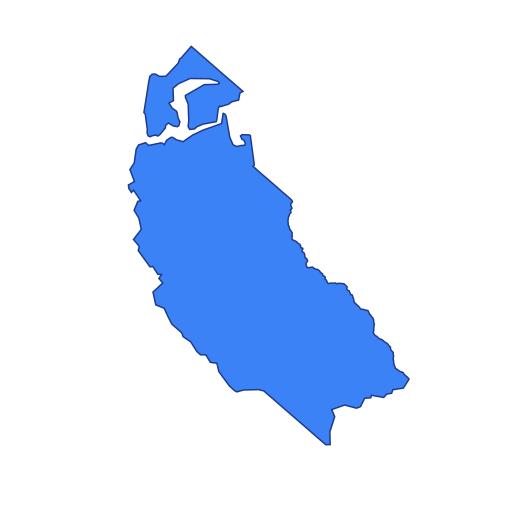 Pierce, Washington, United States of America, rotated 41°
{"feature_id": "52423323B40988222589259", "entity_name": "Pierce", "entity_type": "district", "adm_level": 2, "iso_a3": "USA", "parent_name": "United States of America", "parent_adm1": "Washington", "projection": "natural_earth1", "projection_center": [-122.103, 47.066], "detail": "fine", "context": "isolated", "style": "filled", "palette": "blue", "viewbox_px": 512, "rotation_deg": 41, "n_neighbors": 0, "source": "geoboundaries", "source_scale": "gbopen_adm2", "svg_char_len": 4158}
<svg xmlns="http://www.w3.org/2000/svg" viewBox="0 0 512 512"><g transform="rotate(41 256 256)"><path d="M98.2,243.0L94.5,249.3L95.5,254.0L103.1,265.8L104.1,273.5L115.4,279.5L113.1,286.1L115.6,288.4L120.3,289.8L120.4,286.6L132.8,290.0L130.9,292.2L134.0,301.4L142.8,304.3L151.9,311.1L152.7,323.9L161.5,325.3L163.6,329.2L183.1,333.7L185.1,331.6L193.9,334.2L196.8,332.0L197.5,336.7L203.3,337.5L202.6,345.0L201.9,350.8L212.4,358.6L221.0,355.7L230.4,359.9L237.2,362.6L250.4,362.7L254.0,364.7L263.0,363.6L274.1,366.9L278.9,367.0L283.0,363.5L291.3,366.2L296.8,362.6L303.8,367.6L321.0,371.5L327.9,371.7L330.7,371.1L334.5,365.3L345.4,355.3L350.4,352.7L432.3,352.7L435.7,349.7L427.1,340.2L420.8,325.6L413.9,322.2L420.7,310.3L431.7,304.9L433.7,301.1L431.3,292.1L435.6,287.8L434.6,285.3L445.2,279.0L445.3,274.4L448.4,270.6L447.0,267.1L453.9,259.0L452.3,248.6L451.7,248.3L449.0,248.1L445.4,248.2L443.8,247.5L442.4,247.8L440.7,248.6L438.0,248.9L434.8,249.3L433.8,248.6L432.0,247.7L429.9,246.2L428.5,244.8L427.0,243.6L426.3,242.6L425.8,241.5L425.2,240.9L424.1,240.4L423.3,239.3L422.8,238.8L422.0,238.6L421.4,238.7L420.4,238.5L418.7,238.1L418.1,237.6L417.4,236.6L416.1,236.5L414.7,236.4L413.2,236.0L411.1,236.1L409.3,236.5L408.0,236.4L405.9,236.5L404.7,236.9L403.8,237.5L402.6,237.5L401.3,237.6L400.0,237.3L399.2,237.6L398.1,237.8L397.3,237.7L395.8,237.2L394.6,236.8L394.3,235.8L393.3,234.5L392.0,232.9L390.9,231.2L389.8,229.5L388.3,229.0L387.8,228.1L386.5,226.9L385.5,226.4L384.4,226.0L383.1,226.0L381.2,225.3L379.7,225.4L378.5,224.7L377.2,224.2L376.4,223.7L375.2,224.2L374.6,225.0L373.1,225.4L371.9,225.9L370.6,227.0L369.3,227.3L367.4,226.8L365.3,226.7L362.3,226.6L360.3,226.5L358.9,225.2L357.5,224.2L355.0,222.9L354.5,222.3L353.7,222.5L353.3,222.9L351.7,222.5L350.6,222.0L349.4,221.2L347.6,221.7L346.2,221.5L345.1,219.6L343.9,219.4L342.4,219.3L341.3,219.4L340.5,219.2L339.3,220.2L337.7,221.3L336.2,222.4L335.6,223.7L333.7,224.2L332.1,225.9L330.4,227.1L329.6,228.3L329.0,229.1L327.3,229.3L326.2,228.6L324.4,228.0L323.6,228.1L322.6,227.3L322.1,226.5L320.8,226.4L320.0,226.8L318.5,226.5L318.0,225.8L315.8,226.1L313.3,225.5L311.0,225.8L310.1,226.7L308.3,227.1L305.7,227.4L304.6,228.9L303.7,229.9L302.3,231.1L301.1,230.7L298.7,229.1L298.2,225.8L295.8,224.7L294.4,225.1L292.8,224.1L292.1,223.2L290.7,222.3L289.4,222.1L288.4,222.6L287.2,221.9L286.8,220.7L286.9,220.0L285.9,219.5L285.1,220.1L283.4,219.8L283.0,219.0L281.2,218.4L279.4,218.9L277.4,218.6L275.8,218.9L274.1,219.4L273.4,219.7L272.1,219.7L271.2,218.8L270.5,217.3L269.0,216.1L268.1,214.8L266.4,214.2L263.8,213.6L261.5,212.0L259.8,211.3L258.7,210.1L257.3,208.8L256.0,207.0L254.9,205.3L254.6,203.8L254.0,202.7L253.8,201.5L254.0,200.5L253.2,199.5L252.4,199.2L251.8,199.0L251.7,198.1L252.1,197.5L251.7,196.2L250.8,195.9L248.9,194.8L248.1,193.9L248.0,192.5L248.1,191.7L247.8,191.0L246.4,190.4L240.7,190.3L232.0,190.4L227.0,190.3L224.2,190.3L223.4,190.3L205.8,190.4L196.0,190.3L195.0,190.3L195.0,188.4L172.6,168.7L171.2,169.2L165.9,173.6L165.5,175.6L168.8,177.1L171.0,176.6L173.8,177.8L175.0,179.7L172.6,182.0L169.5,186.1L167.3,186.7L165.6,187.1L158.2,183.5L141.6,170.0L139.7,169.4L137.8,169.7L137.7,170.1L143.1,178.6L140.3,183.6L134.2,194.4L133.8,194.9L128.8,206.4L126.0,217.5L119.5,220.6L115.2,221.1L113.9,222.4L112.6,227.4L113.8,232.1L111.4,232.2L109.9,233.2L102.4,243.0L98.2,243.0ZM69.1,157.4L70.8,161.5L70.1,179.4L65.3,183.8L60.7,184.7L58.4,186.8L58.1,190.3L60.9,195.1L77.3,221.3L79.4,221.6L83.0,224.8L85.0,226.6L90.6,231.5L93.3,234.8L95.9,236.1L98.0,235.4L98.5,233.8L100.8,230.6L103.2,229.9L103.8,227.2L103.6,218.7L102.1,217.0L102.6,213.1L108.1,212.2L111.7,210.1L112.3,208.3L110.5,204.6L107.5,203.4L105.4,202.0L102.1,199.3L100.6,198.9L95.4,199.4L94.3,199.0L90.0,197.7L91.8,192.9L83.3,183.8L84.5,176.7L89.8,165.3L104.5,152.8L113.2,149.1L115.0,149.6L114.3,151.6L104.5,160.7L97.4,181.2L98.7,182.6L105.2,185.9L116.3,197.8L119.8,202.8L122.9,204.0L126.2,200.5L126.6,197.3L129.5,191.2L137.8,180.8L137.1,179.0L131.4,170.4L130.7,169.4L130.1,166.7L131.4,166.4L135.6,159.5L136.7,155.3L140.6,149.7L136.9,143.4L138.2,140.3L106.5,140.4L69.6,140.3L69.6,155.6L69.1,157.4Z" fill="#3b82f6" stroke="#1e3a8a" stroke-width="1.5"/></g></svg>